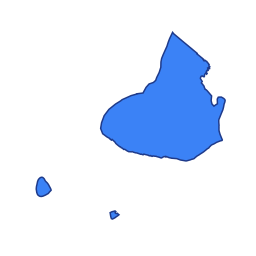 Lapaha, Tongatapu, Tonga (Natural Earth projection), rotated 171°
{"feature_id": "48082658B59364107477614", "entity_name": "Lapaha", "entity_type": "district", "adm_level": 2, "iso_a3": "TON", "parent_name": "Tonga", "parent_adm1": "Tongatapu", "projection": "natural_earth1", "projection_center": [-175.073, -21.147], "detail": "fine", "context": "isolated", "style": "filled", "palette": "blue", "viewbox_px": 256, "rotation_deg": 171, "n_neighbors": 0, "source": "geoboundaries", "source_scale": "gbopen_adm2", "svg_char_len": 3217}
<svg xmlns="http://www.w3.org/2000/svg" viewBox="0 0 256 256"><g transform="rotate(171 128 128)"><path d="M69.0,215.5L70.5,213.3L72.9,209.8L74.8,206.5L76.8,202.5L79.2,198.9L81.8,194.9L83.9,191.4L85.1,188.1L86.1,182.8L88.5,178.0L91.8,173.3L93.2,170.7L95.8,169.0L100.3,168.2L103.8,165.3L107.7,160.2L113.7,160.4L113.6,160.2L119.8,159.5L129.4,156.9L131.1,155.9L136.6,153.6L143.9,149.4L149.6,143.9L153.3,137.3L155.1,131.8L153.9,126.3L150.1,122.4L147.9,120.7L147.6,120.4L147.7,120.2L146.9,119.2L146.1,118.6L145.5,119.2L143.9,117.2L142.9,115.8L142.5,114.7L141.1,113.0L139.0,110.7L138.4,110.6L137.8,109.6L136.7,108.9L135.9,107.9L135.6,107.5L134.7,107.5L134.2,107.2L132.9,105.9L131.0,104.5L129.6,104.2L128.3,103.9L127.6,104.0L125.9,103.0L124.4,102.3L123.2,102.0L120.4,100.5L119.7,100.1L118.6,100.0L118.2,99.6L117.8,99.4L117.1,99.2L116.7,99.4L116.5,99.7L115.8,99.5L115.1,99.1L113.6,98.5L112.4,98.0L111.9,97.6L111.5,97.3L111.0,97.2L110.7,97.0L110.3,96.9L110.1,97.0L109.9,97.2L108.7,96.2L108.1,96.3L107.9,96.5L107.7,96.5L107.1,96.3L105.8,95.9L104.5,95.6L104.0,95.2L103.5,95.0L102.1,94.4L100.5,93.5L99.9,93.2L99.2,93.3L97.7,93.9L96.8,94.2L96.1,93.9L95.3,93.5L95.2,94.0L94.4,93.7L92.1,92.3L89.5,91.3L84.6,90.1L81.2,88.2L75.9,86.4L74.9,86.4L73.2,86.6L71.4,86.8L70.1,87.1L68.8,87.2L67.6,87.4L66.1,88.4L64.9,89.1L64.6,89.2L64.3,89.5L62.4,90.2L60.3,91.2L58.6,91.9L56.9,92.7L55.2,93.7L53.3,94.8L52.9,95.1L51.4,95.6L50.4,96.6L49.1,97.5L48.7,97.9L47.7,98.3L45.2,99.0L42.7,100.0L40.8,100.4L39.0,100.8L37.8,100.9L37.0,101.0L36.7,101.5L37.1,103.2L38.1,107.4L38.4,109.9L38.5,111.0L38.4,112.4L38.1,113.9L38.0,115.0L37.7,116.2L37.6,117.2L37.5,118.9L37.2,121.2L37.0,122.0L35.5,124.5L33.4,128.0L31.5,131.1L30.4,133.6L29.3,136.7L28.4,138.2L28.3,138.6L27.8,139.7L27.9,141.0L28.9,142.3L30.9,143.9L32.8,144.2L34.0,144.3L35.3,142.6L35.9,137.9L37.0,137.5L39.7,136.2L41.3,138.6L41.6,142.0L40.4,146.6L42.3,149.7L44.1,152.6L44.8,153.5L45.9,154.3L45.8,154.9L46.2,155.8L46.4,157.5L46.9,158.5L47.3,159.0L47.5,159.7L48.0,160.2L48.5,161.0L47.4,162.4L48.7,165.2L48.7,166.0L47.7,167.6L46.5,167.8L45.7,167.0L44.8,166.7L44.3,167.4L44.4,168.0L43.7,169.1L42.6,170.0L41.9,168.9L41.3,169.5L42.0,170.9L41.4,171.6L41.6,171.9L40.6,172.8L40.0,172.3L39.8,172.4L40.2,173.3L40.0,173.6L39.6,173.7L39.6,174.4L39.9,174.8L39.5,175.0L39.0,173.7L38.1,173.9L38.0,175.0L38.4,175.1L38.5,175.4L38.1,175.6L37.7,176.0L38.0,176.2L38.3,176.8L38.2,177.5L38.3,177.9L38.0,178.1L39.7,181.2L39.8,181.1L41.4,182.9L42.3,182.4L43.1,183.8L42.7,184.1L46.3,188.2L48.4,190.5L48.0,190.9L61.0,205.7L68.1,213.9L69.0,215.5ZM213.7,79.3L214.0,80.5L215.5,84.8L216.4,86.5L217.6,88.1L218.1,89.0L218.6,90.7L219.3,91.8L220.1,92.6L221.2,92.9L222.4,92.7L223.5,92.0L224.5,91.2L225.2,90.1L225.6,89.5L226.1,88.2L226.9,86.1L227.4,85.0L227.8,83.7L228.2,82.0L228.2,80.0L228.2,78.5L227.8,76.6L227.4,75.8L226.3,74.7L225.5,74.2L224.0,73.9L222.6,74.0L219.9,74.7L218.1,75.4L217.4,75.6L216.6,76.1L215.8,76.9L214.5,77.9L213.7,78.5L213.7,79.3ZM158.9,46.3L158.9,44.6L158.9,43.1L158.6,41.1L157.6,40.5L155.7,41.1L154.2,41.7L153.9,42.0L152.1,42.8L150.5,43.7L151.3,44.6L151.8,45.4L152.9,45.3L153.6,45.7L154.0,46.3L153.1,47.4L153.8,48.1L157.0,47.8L158.9,47.2L158.9,46.3Z" fill="#3b82f6" stroke="#1e3a8a" stroke-width="1.5"/></g></svg>